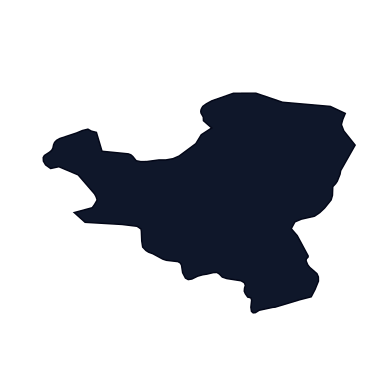 outline of Schwyz, rotated 10°
{"feature_id": "CHE-173", "entity_name": "Schwyz", "entity_type": "Canton", "adm_level": 1, "iso_a3": "CHE", "parent_name": "Switzerland", "parent_adm1": "", "projection": "equal_earth", "projection_center": [8.712, 47.055], "detail": "fine", "context": "isolated", "style": "filled", "palette": "ink", "viewbox_px": 384, "rotation_deg": 10, "n_neighbors": 0, "source": "natural_earth", "source_scale": "10m", "svg_char_len": 1683}
<svg xmlns="http://www.w3.org/2000/svg" viewBox="0 0 384 384"><g transform="rotate(10 192 192)"><path d="M178.7,263.7L175.0,263.2L164.2,259.6L159.7,258.8L156.8,257.6L153.0,254.8L151.0,248.9L149.0,239.7L148.3,237.4L145.7,236.1L143.8,235.3L128.8,236.1L92.0,240.4L79.6,232.7L96.5,224.8L98.1,221.5L100.0,216.4L98.3,213.2L96.4,210.8L76.9,194.9L56.5,190.2L48.7,193.4L43.1,190.7L40.3,187.4L39.5,183.9L40.3,181.7L44.8,177.5L46.6,175.3L47.4,172.9L47.5,169.5L48.1,167.0L49.7,164.6L52.5,162.3L68.1,153.9L73.4,150.5L78.6,148.2L82.2,149.5L87.5,149.9L96.3,167.5L122.6,165.5L125.3,166.0L127.5,167.3L131.6,170.9L136.1,171.0L142.1,169.9L153.8,166.2L160.6,165.0L167.5,162.5L173.1,158.8L187.4,143.7L191.2,134.0L200.3,125.5L190.9,119.8L190.1,116.2L187.2,112.7L186.7,111.3L186.6,109.6L187.0,107.9L187.8,105.8L190.8,102.7L195.8,98.7L215.6,87.6L237.7,83.6L265.5,87.9L313.4,83.7L329.3,88.0L327.9,94.2L327.5,98.3L327.5,99.9L330.9,105.5L344.5,117.5L334.7,145.1L334.7,148.8L333.2,156.1L332.0,158.8L329.7,162.3L330.9,170.9L330.4,175.6L325.4,184.7L321.4,190.1L316.9,194.5L304.3,199.8L298.5,203.6L296.1,210.9L303.2,216.7L317.5,234.8L317.6,235.9L316.2,238.1L316.3,240.0L318.6,243.6L321.0,245.8L329.2,250.7L331.2,253.7L332.0,257.8L330.1,266.6L327.6,274.5L316.8,279.4L293.8,291.0L291.5,291.6L278.7,296.8L275.4,299.8L273.2,300.4L271.3,299.2L270.0,295.3L269.5,288.0L268.3,286.0L265.1,285.8L262.2,282.9L260.7,280.6L260.4,277.5L260.8,274.7L259.2,272.2L255.7,270.9L241.3,271.2L236.6,270.5L233.2,268.0L230.5,266.9L226.9,267.7L220.9,270.3L217.0,271.6L212.2,273.9L207.0,277.7L203.5,278.9L200.5,277.9L196.8,273.1L194.4,265.9L192.9,264.0L190.3,263.0L178.7,263.7Z" fill="#0f172a" stroke="#020617" stroke-width="1.5"/></g></svg>